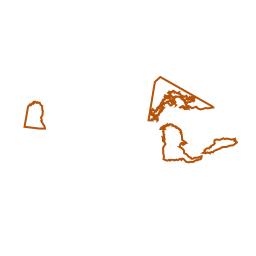 the district of South New Georgia-Rendova, Western, Solomon Islands, rotated 320°
{"feature_id": "97153195B70216176300277", "entity_name": "South New Georgia-Rendova", "entity_type": "district", "adm_level": 2, "iso_a3": "SLB", "parent_name": "Solomon Islands", "parent_adm1": "Western", "projection": "orthographic", "projection_center": [157.385, -8.25], "detail": "fine", "context": "isolated", "style": "outline", "palette": "amber", "viewbox_px": 256, "rotation_deg": 320, "n_neighbors": 0, "source": "geoboundaries", "source_scale": "gbopen_adm2", "svg_char_len": 6097}
<svg xmlns="http://www.w3.org/2000/svg" viewBox="0 0 256 256"><g transform="rotate(320 128 128)"><path d="M151.5,137.9L151.2,137.4L151.6,137.8L151.9,136.7L152.7,137.4L154.7,136.4L155.4,134.2L155.1,133.7L154.3,134.0L154.6,133.8L154.5,133.1L154.2,132.6L155.9,132.5L155.3,131.4L154.8,131.3L158.0,129.5L158.3,130.0L159.1,129.6L159.3,132.3L159.9,132.3L158.9,132.9L159.8,133.5L161.3,132.6L162.0,133.2L163.0,131.5L164.7,131.4L164.8,132.1L166.2,131.6L166.4,132.7L166.5,131.6L170.3,129.9L171.7,130.5L172.2,129.1L173.4,128.8L174.0,129.9L174.9,129.8L176.4,129.0L176.7,127.8L176.0,127.8L176.2,127.3L177.4,126.8L178.2,128.8L179.0,129.0L178.2,130.0L178.0,128.9L176.9,129.5L177.2,130.4L176.8,130.3L177.9,131.1L178.9,131.1L178.8,130.6L180.0,130.9L180.4,129.8L181.9,129.8L182.2,129.4L181.7,128.0L182.9,128.4L182.3,127.3L182.8,127.5L183.0,126.9L184.4,128.5L186.4,128.5L186.9,128.9L186.3,130.6L187.1,130.4L187.8,132.6L190.2,133.6L189.0,134.5L189.7,135.0L189.7,137.1L191.2,140.3L193.4,140.8L193.3,141.8L191.5,143.2L191.9,144.2L193.9,144.0L192.5,145.3L193.6,145.7L194.5,144.7L195.6,144.8L196.1,146.2L196.9,145.2L198.0,146.2L197.8,147.9L197.1,147.6L196.4,149.6L195.3,149.7L195.1,150.4L195.2,149.3L195.5,148.8L194.5,148.0L194.7,146.9L192.9,148.2L189.8,146.5L189.1,146.7L189.0,145.0L188.3,143.9L187.2,147.9L189.1,151.3L189.7,153.9L194.1,155.7L194.0,157.9L195.5,160.4L200.6,162.8L201.5,164.1L206.5,167.0L206.5,165.7L185.5,109.7L178.2,110.0L148.7,135.3L151.5,137.9ZM166.7,162.1L166.6,160.9L165.7,159.8L165.6,158.9L165.1,158.8L165.2,157.2L164.9,157.2L164.2,155.9L164.2,154.3L163.6,154.4L163.9,153.8L162.7,152.1L161.6,151.5L162.2,152.4L161.3,152.3L161.0,152.1L161.4,151.6L160.8,151.9L160.7,151.2L160.3,151.7L157.8,150.9L156.8,151.2L157.2,150.6L156.6,150.1L155.9,150.5L155.7,151.7L155.4,151.1L154.8,152.1L154.0,152.0L153.2,153.2L152.4,153.4L152.5,154.2L151.2,155.7L151.4,156.4L150.6,156.6L150.4,157.4L149.5,157.4L149.6,158.5L148.8,158.8L148.9,160.0L148.0,160.8L147.6,160.2L147.4,160.9L147.9,161.1L146.9,160.9L146.7,160.3L146.5,160.5L146.9,161.4L146.5,164.3L142.3,165.6L138.9,169.8L137.3,172.9L135.2,174.7L136.2,177.0L137.4,178.4L139.0,178.7L139.2,179.9L140.3,179.9L142.9,182.1L142.9,182.8L145.0,183.5L145.4,184.7L147.9,185.0L148.3,186.4L148.7,186.0L149.2,186.1L149.3,186.7L150.3,186.7L150.7,187.6L150.7,191.0L152.4,193.4L153.9,193.9L156.1,195.9L159.3,196.3L160.6,197.5L161.7,197.5L163.2,198.5L164.6,198.4L166.2,197.0L162.0,195.3L159.9,193.6L158.0,193.3L156.8,192.3L157.1,191.0L156.1,189.8L156.0,185.7L154.8,183.5L156.5,180.9L156.3,178.3L155.4,175.8L155.9,176.1L156.0,175.3L157.7,174.1L159.5,173.9L160.2,174.6L159.2,175.4L159.3,176.3L160.8,176.6L162.7,175.3L161.9,171.9L164.9,167.6L164.9,166.4L165.8,166.0L165.6,165.0L166.2,165.0L166.6,163.9L166.3,161.7L166.7,162.1ZM49.5,60.6L59.7,71.4L64.0,75.1L65.1,73.0L66.0,66.9L67.0,66.7L68.1,64.0L70.6,63.3L73.8,60.1L74.0,58.9L76.4,56.0L75.9,54.2L76.6,51.8L75.5,51.1L75.3,49.9L74.5,49.7L74.8,50.3L74.4,50.3L73.8,48.9L73.0,48.7L73.5,47.9L72.5,47.4L71.8,48.0L72.2,48.3L70.9,48.6L70.7,47.5L68.2,48.1L68.1,46.9L65.0,47.5L49.5,60.6ZM202.8,204.9L200.0,203.6L197.3,200.0L194.8,198.4L194.5,197.3L190.7,196.1L188.1,193.5L186.7,193.0L185.2,194.1L184.6,195.5L183.5,195.8L179.9,195.2L179.0,196.0L178.1,195.3L176.9,195.7L175.5,194.4L174.3,194.2L172.3,194.3L172.3,195.1L171.5,195.5L169.5,195.3L171.5,197.4L173.1,197.7L174.6,200.1L175.3,199.6L176.8,200.3L177.4,201.3L179.3,200.9L186.0,203.1L187.7,203.1L191.4,205.9L194.5,206.9L197.4,208.8L202.1,209.1L202.3,208.8L201.7,208.1L202.1,207.2L201.6,206.7L202.4,206.1L201.7,205.7L202.8,204.9ZM186.3,136.0L184.6,134.2L182.5,134.3L180.9,135.0L180.2,136.5L178.0,134.3L174.8,132.9L174.4,133.5L175.0,134.6L174.9,138.1L176.3,138.6L177.5,138.4L177.8,136.0L178.8,137.4L178.9,139.1L179.6,139.6L181.0,138.7L181.1,135.6L181.7,135.0L184.3,134.8L186.3,136.0ZM187.4,151.4L187.1,151.8L187.0,150.9L185.2,149.0L184.1,146.3L182.2,146.2L183.3,147.2L183.6,150.0L186.6,151.9L187.1,152.0L187.4,151.4ZM168.4,135.6L167.1,134.7L167.0,135.2L163.3,135.6L160.2,137.0L157.8,136.9L158.2,137.5L159.6,137.8L162.3,136.6L164.6,136.8L165.5,136.2L168.4,135.6ZM189.5,143.1L187.9,139.2L187.8,137.2L186.5,136.0L187.7,137.9L187.9,140.7L189.1,144.6L189.5,143.1ZM157.9,137.8L157.1,136.8L157.1,137.6L156.4,138.0L155.9,139.9L155.0,141.1L155.8,140.7L155.4,141.2L156.1,141.1L157.9,137.8ZM171.0,132.4L170.2,131.5L168.6,132.4L170.3,132.4L170.7,132.9L171.0,132.4ZM157.0,133.3L156.3,132.5L155.5,132.7L156.0,134.0L157.0,133.3ZM155.5,149.9L155.3,149.3L153.3,149.3L153.5,150.0L155.5,149.9ZM148.7,159.9L148.4,159.3L148.1,159.6L148.0,158.5L147.3,159.9L148.7,159.9ZM160.1,151.2L159.8,150.4L157.6,150.0L159.3,150.4L160.1,151.2ZM174.5,132.7L174.1,132.9L172.9,133.1L173.8,133.5L174.5,132.7ZM157.3,149.8L156.8,149.4L155.7,149.5L155.9,149.9L157.3,149.8ZM163.1,177.0L163.0,176.1L162.7,175.9L162.5,176.8L163.1,177.0ZM182.1,132.1L181.9,131.4L180.9,131.6L182.1,132.1ZM182.0,146.1L181.6,145.7L181.1,145.7L181.4,146.3L182.0,146.1ZM168.2,134.2L168.2,133.3L167.9,133.3L167.4,134.2L168.2,134.2ZM153.0,150.2L153.1,149.4L152.4,149.7L153.0,150.2ZM189.4,139.8L189.8,139.2L189.4,139.1L189.4,139.8ZM164.9,133.5L165.2,132.9L164.4,133.1L164.9,133.5ZM156.7,136.5L155.8,136.6L155.9,137.1L156.4,136.9L156.7,136.5ZM182.7,133.2L182.2,133.3L182.5,134.0L182.4,133.4L182.7,133.2ZM156.9,135.6L156.7,135.1L156.4,135.5L156.9,135.6ZM155.9,135.2L155.4,134.8L155.2,135.3L155.6,135.5L155.9,135.2ZM155.7,137.9L155.4,138.0L155.1,138.4L155.4,138.4L155.7,137.9ZM171.6,132.1L171.2,132.0L171.1,132.8L171.3,132.7L171.6,132.1ZM179.3,133.3L178.9,132.9L179.0,133.4L179.3,133.3ZM154.8,138.5L154.4,138.2L154.2,138.3L154.3,138.7L154.8,138.5ZM154.7,133.7L154.9,133.1L154.6,133.1L154.7,133.7ZM156.9,137.1L156.5,137.2L156.4,137.5L156.8,137.4L156.9,137.1ZM164.6,132.9L164.7,132.4L164.2,132.7L164.6,132.9ZM148.6,158.2L148.5,157.9L148.1,158.4L148.6,158.2ZM164.9,156.7L165.1,156.8L164.9,156.4L164.9,156.7ZM179.8,141.5L180.3,141.0L179.8,141.3L179.5,141.5L179.8,141.5ZM178.7,137.8L178.6,137.3L178.2,136.8L178.7,137.8ZM158.6,150.7L158.9,150.7L158.5,150.5L158.6,150.7ZM182.7,135.3L183.1,135.2L182.6,135.2L182.7,135.3Z" fill="none" stroke="#b45309" stroke-width="2"/></g></svg>